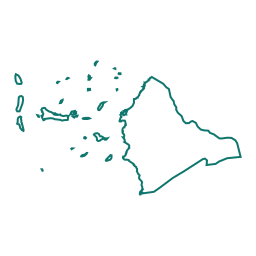 outline of Alluhayah, Al Hudaydah, Yemen
{"feature_id": "15242507B84016376764538", "entity_name": "Alluhayah", "entity_type": "district", "adm_level": 2, "iso_a3": "YEM", "parent_name": "Yemen", "parent_adm1": "Al Hudaydah", "projection": "orthographic", "projection_center": [42.589, 15.671], "detail": "fine", "context": "isolated", "style": "outline", "palette": "teal", "viewbox_px": 256, "rotation_deg": 0, "n_neighbors": 0, "source": "geoboundaries", "source_scale": "gbopen_adm2", "svg_char_len": 5799}
<svg xmlns="http://www.w3.org/2000/svg" viewBox="0 0 256 256"><path d="M151.8,77.0L151.1,77.7L150.3,77.7L149.5,78.9L149.5,79.4L149.1,79.4L148.8,80.1L148.5,79.9L148.4,80.4L147.2,81.6L146.5,81.7L145.6,82.7L145.3,82.6L144.7,83.8L144.8,84.2L144.6,83.9L144.6,84.3L144.4,84.1L144.6,84.6L144.0,84.6L144.1,85.1L143.7,85.4L144.0,86.1L143.5,86.4L144.4,86.5L143.5,86.7L144.1,87.0L143.7,87.5L144.4,87.8L143.9,87.8L144.1,88.1L143.3,89.4L142.8,89.2L141.7,90.8L141.2,90.9L141.0,91.5L140.7,91.3L140.4,91.7L139.9,92.8L139.9,93.5L139.2,94.4L139.3,95.1L137.7,97.2L137.6,97.7L137.1,97.5L136.3,98.0L135.7,98.9L133.9,99.1L134.0,102.7L132.5,106.0L129.9,108.3L129.2,108.5L128.6,109.2L127.7,109.4L126.3,112.7L126.0,113.8L126.2,114.4L125.5,114.3L124.2,115.1L123.6,114.3L123.2,114.7L122.8,113.1L122.0,113.0L121.8,113.3L121.7,112.5L121.4,112.9L121.1,112.9L121.2,113.5L120.3,114.8L121.4,117.0L120.6,117.7L119.5,121.1L119.9,121.5L121.2,121.4L122.0,120.6L122.7,120.5L124.9,120.7L125.8,124.0L125.4,124.5L125.6,125.2L124.3,125.3L125.3,125.5L124.4,126.8L124.4,127.2L124.0,127.1L123.3,127.9L123.6,128.1L123.2,128.0L122.9,128.3L122.5,129.4L122.4,130.5L123.1,131.2L123.0,131.6L122.5,131.4L122.4,132.3L123.1,133.8L123.8,134.1L124.3,135.6L123.8,137.7L123.5,137.8L123.0,137.3L122.9,137.3L124.5,139.3L124.4,139.8L125.1,141.8L124.5,142.1L128.5,144.6L129.2,145.5L129.2,147.7L128.9,147.6L128.5,148.8L126.9,150.6L126.6,152.4L126.2,152.4L126.1,153.5L125.8,153.6L125.8,154.8L124.1,156.7L123.1,156.6L122.9,157.7L123.5,158.8L124.8,159.7L127.0,159.7L128.8,160.1L129.1,161.0L133.4,163.8L134.1,164.7L133.7,164.9L133.8,165.1L134.2,165.0L134.8,166.2L136.0,166.8L136.3,167.8L137.0,168.7L137.1,170.2L136.8,171.0L138.1,173.8L139.6,175.3L139.0,177.8L139.3,178.8L141.6,181.3L142.1,182.2L141.5,185.0L142.3,187.1L142.3,188.5L142.9,189.3L142.5,189.7L142.1,189.3L141.4,190.8L140.5,191.4L140.3,192.4L140.0,192.4L139.8,194.2L140.0,194.5L140.6,194.4L141.2,192.9L142.1,192.2L142.6,192.6L142.6,193.4L153.9,191.8L159.5,187.9L172.9,177.9L183.6,171.5L202.9,159.1L204.9,158.6L207.0,160.4L206.6,165.0L215.6,163.9L219.1,161.5L227.2,158.2L240.6,156.9L237.2,143.3L235.3,140.2L231.4,137.9L227.5,137.7L221.5,138.5L219.4,138.4L213.9,134.4L209.9,132.8L208.4,130.7L203.7,130.3L200.7,129.5L197.6,126.5L195.8,122.8L192.4,121.0L190.7,121.7L189.0,123.1L188.1,123.2L187.5,123.0L186.0,123.3L184.8,122.3L183.4,120.9L181.6,116.0L177.9,112.8L176.2,109.8L176.3,107.3L174.3,104.3L173.5,100.7L172.8,100.2L170.6,97.0L168.9,89.0L166.3,87.3L163.3,83.8L151.8,77.0ZM44.1,107.9L42.1,108.4L41.3,109.9L42.4,111.3L42.5,111.7L42.1,112.0L43.2,113.5L43.2,114.5L42.6,115.8L42.0,115.5L41.4,115.9L43.4,120.2L44.5,119.9L44.8,118.9L50.4,118.2L53.4,118.5L54.6,119.2L60.1,119.8L62.2,120.6L63.6,120.2L67.7,119.9L68.1,118.5L67.8,117.5L68.6,115.9L66.1,115.6L63.3,116.1L60.5,115.2L60.2,114.5L57.6,115.0L54.4,114.7L53.9,114.3L54.3,113.8L55.5,114.0L56.2,114.4L56.5,114.1L55.6,113.8L55.3,113.3L52.9,113.2L51.2,112.1L49.1,111.5L46.0,109.5L45.0,108.0L44.1,107.9ZM19.6,111.3L22.5,103.5L23.1,99.9L22.7,96.9L21.5,96.1L19.8,96.3L18.8,97.3L18.2,104.7L17.4,107.1L16.5,108.9L16.5,110.1L17.2,111.3L19.6,111.3ZM99.2,134.3L97.5,133.2L95.2,133.5L93.9,134.4L94.2,135.1L96.3,136.9L96.9,138.2L96.9,140.0L97.7,140.8L98.5,141.0L99.8,140.7L101.2,139.6L103.1,138.7L104.7,139.2L105.0,139.7L106.3,139.6L107.4,138.3L106.7,138.5L104.9,138.3L103.2,137.6L102.8,137.0L101.4,136.3L100.2,136.3L99.6,135.7L99.2,134.3ZM21.3,117.2L20.3,116.5L19.8,116.6L18.3,117.7L17.7,119.3L17.7,122.1L17.2,123.3L17.2,123.8L19.3,124.5L20.4,128.3L22.1,130.2L23.4,130.9L23.6,130.1L22.3,124.9L21.9,124.4L21.9,123.1L21.3,122.1L21.4,120.3L20.9,119.1L21.3,117.2ZM21.3,83.8L21.7,82.6L20.4,78.6L18.5,75.6L15.9,74.2L15.4,75.8L15.4,77.8L15.7,80.8L17.1,83.6L19.4,84.0L21.3,83.8ZM99.4,110.1L100.6,108.8L102.7,105.7L103.2,103.4L104.8,102.3L103.1,102.4L101.6,103.1L100.3,104.2L100.1,105.1L98.5,107.2L98.0,108.9L98.4,110.0L99.4,110.1ZM106.5,160.9L110.3,159.6L111.2,158.4L111.5,157.6L111.5,155.3L110.5,155.1L106.3,159.4L105.9,160.6L106.5,160.9ZM72.4,114.6L73.5,114.1L73.9,113.4L73.5,112.1L72.1,111.4L71.2,112.2L70.3,114.4L72.4,114.6ZM88.9,117.9L85.2,117.9L84.0,118.4L83.4,118.1L82.8,118.5L83.0,118.8L84.2,119.0L87.7,119.0L89.7,118.4L88.9,117.9ZM86.4,154.1L86.8,153.0L87.1,152.7L87.3,152.5L87.3,152.1L87.1,152.8L86.6,153.0L85.0,154.5L82.2,155.2L81.4,155.8L81.2,156.3L82.4,156.4L84.5,155.7L86.4,154.1ZM61.8,102.1L62.7,100.0L62.7,99.8L60.8,100.8L60.0,103.1L61.0,103.0L61.8,102.1ZM95.3,65.3L96.1,63.2L97.4,61.6L96.7,61.5L96.0,61.9L94.7,63.6L94.8,65.0L95.3,65.3ZM75.4,114.2L76.2,113.5L75.9,112.6L76.1,112.0L75.6,111.7L74.8,112.3L74.4,113.7L74.8,114.2L75.4,114.2ZM87.9,90.4L90.1,90.0L90.0,88.9L87.9,88.9L87.9,90.4ZM90.7,78.2L88.8,78.5L88.4,79.7L89.1,79.9L89.7,79.6L90.7,78.2ZM90.2,77.3L89.8,76.0L88.8,75.4L88.4,76.4L88.5,77.2L90.2,77.3ZM86.0,137.9L85.0,137.0L84.3,137.3L84.2,138.2L85.4,138.6L86.0,137.9ZM118.8,73.2L118.6,73.8L118.9,74.1L120.5,74.1L120.5,73.3L118.8,73.2ZM117.5,77.7L117.2,77.5L115.5,77.5L115.2,78.0L116.3,78.3L117.3,78.0L117.5,78.6L117.5,77.7ZM77.5,115.7L76.2,115.9L75.6,116.3L76.7,116.7L77.2,116.5L77.5,115.7ZM58.7,81.8L57.8,81.7L56.9,82.5L56.9,82.8L57.4,83.1L58.7,81.8ZM74.7,117.0L73.8,116.3L72.9,116.6L74.2,117.6L74.7,117.0ZM38.6,115.5L37.4,115.2L38.2,116.7L38.9,116.8L38.6,115.5ZM66.8,79.1L68.2,78.2L68.4,78.1L67.8,77.8L67.1,78.2L66.5,79.0L66.8,79.1ZM71.8,148.3L71.3,148.8L71.6,149.2L72.8,148.4L71.8,148.3ZM125.1,110.8L124.9,110.8L124.6,111.2L123.8,111.1L123.8,111.6L125.4,111.6L124.9,111.1L125.1,110.8ZM127.0,109.7L125.1,110.0L124.8,110.2L124.6,110.4L124.6,110.7L125.0,110.1L126.1,110.4L127.0,109.7ZM117.4,89.8L117.3,89.1L116.6,89.3L116.9,90.2L117.4,89.8ZM42.2,169.3L41.7,169.3L42.9,171.5L42.2,169.3ZM115.3,68.3L114.8,68.2L114.3,68.5L115.3,68.9L115.3,68.3ZM75.2,111.1L74.9,110.8L74.4,111.0L75.0,111.3L75.2,111.1Z" fill="none" stroke="#0f766e" stroke-width="2"/></svg>